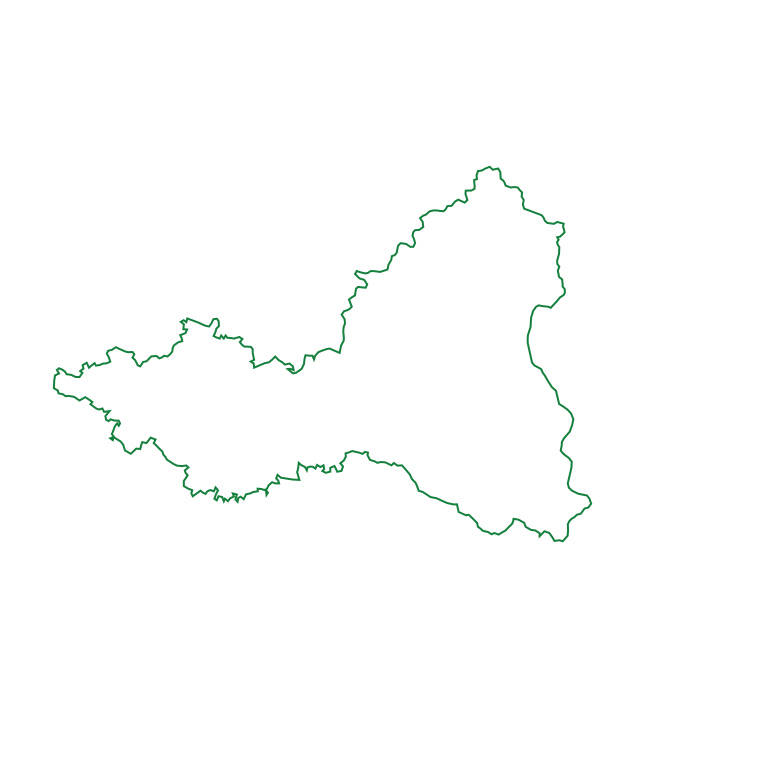 the district of Alvorada do Norte, Goiás, Brazil, rotated 316°
{"feature_id": "56859067B77033766628093", "entity_name": "Alvorada do Norte", "entity_type": "district", "adm_level": 2, "iso_a3": "BRA", "parent_name": "Brazil", "parent_adm1": "Goiás", "projection": "albers", "projection_center": [-46.67, -14.571], "detail": "fine", "context": "isolated", "style": "outline", "palette": "green", "viewbox_px": 768, "rotation_deg": 316, "n_neighbors": 0, "source": "geoboundaries", "source_scale": "gbopen_adm2", "svg_char_len": 6168}
<svg xmlns="http://www.w3.org/2000/svg" viewBox="0 0 768 768"><g transform="rotate(316 384 384)"><path d="M503.0,508.3L502.6,503.0L503.9,496.1L505.5,489.9L506.1,485.9L507.4,482.5L505.1,475.1L505.4,471.4L515.7,454.6L518.9,451.1L521.6,448.8L529.0,444.8L536.0,438.4L542.2,435.0L546.9,434.1L549.8,434.8L552.9,439.1L555.6,442.2L556.9,445.0L565.1,444.6L570.8,444.0L575.1,444.8L577.7,443.9L579.9,441.3L580.2,438.0L582.0,436.1L584.8,432.5L584.3,428.5L587.8,423.2L591.6,421.4L592.1,418.0L594.0,415.7L600.4,411.9L605.1,407.4L605.8,404.4L607.1,402.1L609.9,401.5L610.5,398.8L613.1,400.3L619.1,400.4L620.7,398.1L621.9,395.4L624.6,393.5L621.2,387.8L617.5,386.8L613.4,381.7L613.1,378.4L614.3,375.3L614.7,372.2L608.3,358.7L606.6,355.3L608.6,351.3L612.4,348.7L613.1,344.9L616.4,342.1L616.3,339.2L616.7,335.5L614.7,333.0L611.6,330.6L609.3,325.8L610.5,323.2L611.1,320.5L610.6,317.3L614.8,312.5L615.8,308.3L611.1,305.4L610.9,301.2L606.8,299.5L602.5,298.3L599.5,296.1L595.4,298.3L593.3,301.2L590.6,299.9L588.8,301.9L586.7,304.6L584.7,306.5L581.2,305.5L577.1,301.7L574.6,303.9L571.8,309.6L568.1,309.6L565.4,302.9L561.6,302.1L556.5,302.8L553.1,300.1L549.6,301.2L546.9,301.1L544.7,298.7L543.0,296.4L540.4,293.7L536.8,291.5L531.9,291.3L529.0,290.1L525.2,289.7L524.4,294.3L521.3,298.3L516.4,297.6L513.1,294.9L510.3,295.2L507.5,297.2L506.3,300.6L504.2,304.3L500.4,305.7L498.2,303.6L497.2,298.6L493.7,294.2L490.0,294.4L484.5,298.3L481.4,298.8L478.5,297.5L475.4,299.8L470.1,301.3L466.0,304.1L459.1,300.7L455.5,296.2L452.9,293.5L449.5,292.9L447.4,291.5L444.9,287.7L442.9,283.8L439.6,284.8L439.7,290.9L442.1,295.4L441.1,300.7L437.7,302.0L432.7,296.1L430.0,296.1L424.6,300.1L421.0,299.3L417.5,298.9L414.5,306.0L411.4,306.1L408.8,305.4L405.8,303.9L401.7,304.7L400.6,310.2L397.8,313.5L394.7,314.9L391.4,317.7L387.2,322.9L385.0,324.9L379.9,326.5L373.7,330.8L369.4,320.6L366.7,318.9L362.6,317.0L358.9,315.5L354.3,315.8L350.7,317.7L352.2,314.0L349.9,311.7L347.5,308.8L344.2,310.8L340.3,314.0L335.3,315.9L328.4,314.8L325.9,313.1L325.1,306.4L327.2,308.0L328.7,311.2L330.7,308.0L330.3,303.7L326.2,301.2L325.9,297.6L324.8,293.6L324.8,288.7L320.6,288.8L316.4,288.5L312.5,286.1L301.9,282.0L304.5,278.8L303.7,275.3L307.4,276.4L309.1,273.6L311.5,270.0L313.8,267.7L314.0,264.8L312.2,262.8L309.5,260.0L309.1,257.0L309.4,253.7L313.4,253.3L312.6,249.7L307.7,247.1L305.5,244.3L303.4,241.9L303.8,239.1L300.3,240.0L300.6,236.0L297.4,237.2L295.6,233.7L294.8,231.1L298.7,229.6L302.0,227.7L305.4,227.7L308.7,224.0L309.1,221.0L306.3,218.9L302.2,220.4L298.2,221.2L296.6,219.0L295.2,216.3L293.3,211.2L288.0,200.2L284.8,202.2L284.2,198.9L281.0,198.2L281.5,202.1L277.7,205.2L280.2,208.0L276.5,209.5L271.4,207.3L270.3,210.5L268.7,213.0L264.7,211.0L260.0,210.3L257.3,211.1L254.2,213.6L250.9,214.0L247.4,213.8L245.4,210.9L242.7,210.6L240.2,209.5L239.8,205.8L235.8,202.5L229.0,202.7L226.0,200.8L220.9,202.0L219.9,199.5L221.6,193.9L221.4,190.3L225.0,189.2L225.4,186.4L222.1,183.4L220.6,181.2L218.3,175.7L216.7,171.3L212.2,170.5L208.6,168.5L205.8,169.5L204.5,173.9L202.6,177.8L198.8,176.4L196.0,174.1L192.7,172.9L189.6,170.7L190.3,168.0L186.3,167.5L183.1,167.4L184.9,162.2L180.4,161.1L178.4,164.2L174.4,163.7L174.8,166.5L169.8,167.5L166.9,164.5L165.4,160.2L162.5,156.5L163.1,153.6L162.6,150.3L161.1,146.9L158.4,146.7L157.6,150.7L153.3,149.3L148.9,152.7L143.6,157.7L144.8,162.2L143.4,164.6L146.0,168.6L146.4,171.5L148.9,173.5L152.2,178.1L153.5,184.3L160.0,186.0L161.1,191.0L161.7,194.4L158.8,194.7L160.0,201.9L161.3,204.4L164.4,206.0L163.3,209.6L167.7,212.8L161.2,213.6L159.3,216.7L160.1,219.4L162.8,219.5L164.6,222.9L167.7,226.1L166.7,229.0L164.2,229.8L164.7,226.9L160.9,227.5L156.9,229.5L153.6,230.9L152.6,234.3L154.6,242.5L154.2,246.5L151.5,251.9L153.4,258.3L160.9,258.4L163.5,261.4L167.3,259.1L169.7,257.9L172.1,261.5L178.9,260.5L181.1,265.2L177.3,266.6L177.5,269.6L177.5,275.9L177.7,278.7L176.2,281.4L176.1,284.5L175.3,287.7L176.0,290.6L177.1,295.6L178.5,299.1L181.6,302.7L185.1,305.2L185.4,308.1L180.7,307.8L179.5,310.2L179.4,313.2L176.4,314.0L172.6,314.7L169.1,318.4L170.4,323.1L172.3,327.2L169.5,328.8L168.4,331.9L177.9,333.3L178.3,336.5L179.3,339.1L182.2,338.5L185.4,339.6L187.1,343.0L191.0,341.4L190.7,345.2L186.6,346.6L182.3,348.7L182.9,351.5L187.0,349.8L189.1,352.9L187.3,357.1L189.9,356.0L190.4,359.9L194.0,359.3L197.9,360.7L199.2,357.7L201.4,361.3L196.9,363.9L196.9,367.0L199.9,364.8L202.6,365.5L203.1,369.4L208.1,367.5L212.0,369.9L214.8,370.8L218.7,373.5L220.4,371.5L223.0,374.6L225.1,378.7L230.5,376.8L235.3,376.9L236.7,380.0L239.5,382.6L240.8,380.0L240.8,377.1L244.3,375.4L244.7,379.7L251.8,389.1L256.5,394.2L260.2,387.2L264.5,384.4L267.9,381.5L268.1,384.7L269.5,388.8L268.5,392.5L271.1,390.9L273.4,392.0L275.3,394.2L275.9,397.2L279.6,395.7L280.6,399.6L284.0,400.5L281.9,403.6L279.2,403.8L280.5,407.5L284.5,409.7L287.1,407.0L291.4,408.6L290.4,411.9L289.4,414.6L293.1,417.0L297.3,414.8L297.5,410.7L301.9,411.1L306.0,409.8L308.2,407.2L311.4,408.9L314.5,410.1L318.4,416.0L320.0,419.4L323.1,419.6L324.8,422.2L322.6,423.9L321.2,428.9L323.5,433.0L324.5,436.1L327.6,438.0L330.5,441.3L332.9,447.7L336.2,447.7L337.0,452.1L340.4,455.0L340.3,458.9L339.7,467.2L338.1,471.8L338.1,476.9L337.0,480.1L334.8,485.0L336.8,488.4L338.0,493.5L338.9,497.6L342.4,502.6L345.0,509.3L346.8,513.6L350.5,519.1L352.9,521.2L348.8,527.9L351.8,535.4L354.1,536.9L354.4,542.6L354.4,548.8L352.4,551.9L353.0,555.4L353.1,558.3L356.0,562.7L357.0,566.8L359.9,567.9L361.8,571.9L366.2,572.9L369.5,573.8L374.4,573.6L378.7,573.6L381.3,572.7L383.5,571.0L386.4,574.8L388.4,581.2L386.7,585.2L388.4,591.1L391.0,594.3L392.3,599.3L390.2,601.6L397.1,601.4L399.4,605.9L398.6,611.4L397.6,615.3L401.5,618.1L403.4,621.3L410.7,620.7L414.7,617.2L418.8,612.6L421.7,611.5L424.9,611.2L428.5,612.0L432.1,612.1L435.4,614.0L441.8,612.9L445.1,614.8L449.9,614.0L452.1,609.2L452.6,605.3L447.4,597.7L445.1,591.2L445.0,587.0L447.1,583.2L460.6,574.5L465.0,570.4L465.6,565.8L464.6,559.4L464.8,554.7L469.0,551.8L471.5,549.4L475.7,548.1L484.6,547.3L490.9,544.2L495.7,540.9L498.1,535.2L498.2,529.7L497.1,524.0L496.1,520.0L503.0,508.3ZM152.6,234.3L149.4,232.9L149.9,236.0L152.6,234.3ZM225.1,378.7L222.4,382.2L225.1,381.5L225.1,378.7Z" fill="none" stroke="#15803d" stroke-width="2"/></g></svg>